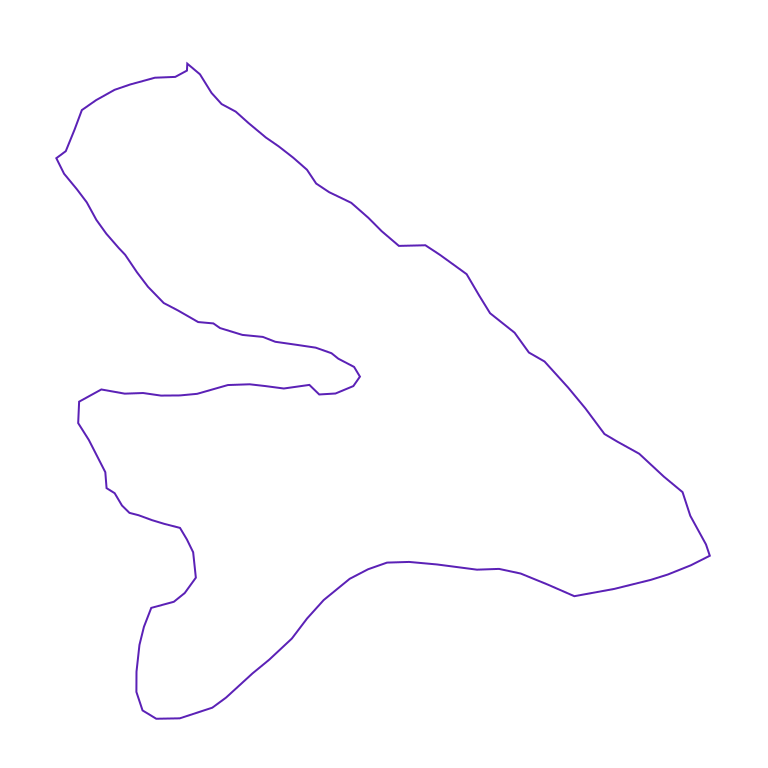 Zangilan District, Zəngilan, Azerbaijan (Robinson projection), rotated 268°
{"feature_id": "54616110B64107713492867", "entity_name": "Zangilan District", "entity_type": "district", "adm_level": 2, "iso_a3": "AZE", "parent_name": "Azerbaijan", "parent_adm1": "Zəngilan", "projection": "robinson", "projection_center": [46.661, 39.06], "detail": "fine", "context": "isolated", "style": "outline", "palette": "violet", "viewbox_px": 768, "rotation_deg": 268, "n_neighbors": 0, "source": "geoboundaries", "source_scale": "gbopen_adm2", "svg_char_len": 1684}
<svg xmlns="http://www.w3.org/2000/svg" viewBox="0 0 768 768"><g transform="rotate(268 384 384)"><path d="M621.1,64.4L605.3,71.6L589.3,83.9L575.9,93.3L558.0,102.3L543.9,111.7L529.1,123.7L522.2,129.8L504.3,141.0L489.4,151.5L472.6,166.7L464.6,180.8L452.4,200.4L450.5,215.6L445.6,222.1L438.0,244.2L435.3,264.5L430.0,276.8L426.1,298.6L422.7,317.0L416.6,332.6L410.9,339.2L402.1,354.7L392.2,360.2L383.0,353.3L376.2,335.2L375.8,318.9L385.7,309.4L383.0,283.7L386.1,265.2L388.4,249.7L388.4,227.9L380.7,196.9L379.7,179.7L380.2,160.7L383.4,142.9L383.4,124.6L388.4,101.3L377.0,78.7L355.6,77.0L338.3,87.1L305.6,102.4L289.6,103.1L284.3,111.0L271.7,117.9L264.1,125.1L261.4,134.2L256.1,147.2L251.9,159.5L247.3,175.1L235.5,181.6L222.5,187.4L197.0,189.2L182.1,177.6L173.7,166.4L168.4,143.6L149.7,135.6L131.8,130.5L105.1,126.6L84.9,125.8L66.2,131.3L57.4,144.7L57.0,168.2L66.5,201.1L76.1,215.2L99.3,242.4L112.6,259.8L132.8,283.0L152.3,298.9L170.2,316.2L190.5,342.9L199.4,361.6L205.4,380.8L205.3,402.9L201.8,430.7L195.2,470.4L195.2,492.5L189.8,514.0L177.8,540.7L165.3,566.8L171.2,607.1L179.0,644.0L183.7,661.0L192.1,684.3L201.0,703.6L212.4,700.2L241.6,685.5L265.5,678.6L281.6,660.5L305.4,636.6L318.0,615.6L326.3,602.6L352.6,584.4L374.0,567.9L400.9,545.2L410.4,529.9L430.7,516.3L451.0,492.5L468.9,482.3L490.9,470.4L511.2,444.3L521.2,430.2L521.5,403.7L536.8,387.0L550.5,374.3L566.2,357.6L577.6,335.9L586.7,323.2L600.8,314.5L613.4,301.1L625.2,287.0L634.4,274.6L649.6,257.6L661.4,245.3L669.4,231.5L680.9,221.8L699.9,210.9L711.0,198.6L704.1,198.0L698.2,186.1L698.1,165.7L692.2,140.8L687.4,125.0L677.8,106.3L668.3,91.6L649.2,83.7L627.8,74.1L621.1,64.4Z" fill="none" stroke="#5b21b6" stroke-width="2"/></g></svg>